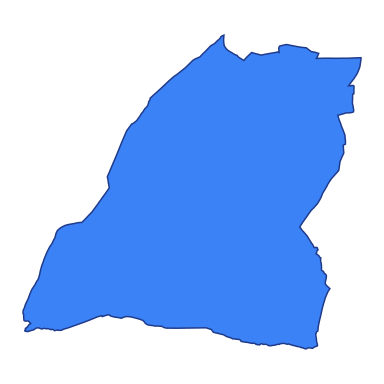 outline of Sandulesti, Cluj, Romania
{"feature_id": "2599482B43869878211942", "entity_name": "Sandulesti", "entity_type": "district", "adm_level": 2, "iso_a3": "ROU", "parent_name": "Romania", "parent_adm1": "Cluj", "projection": "orthographic", "projection_center": [23.724, 46.589], "detail": "fine", "context": "isolated", "style": "filled", "palette": "blue", "viewbox_px": 384, "rotation_deg": 0, "n_neighbors": 0, "source": "geoboundaries", "source_scale": "gbopen_adm2", "svg_char_len": 5877}
<svg xmlns="http://www.w3.org/2000/svg" viewBox="0 0 384 384"><path d="M24.8,330.9L25.8,331.3L26.7,331.5L28.2,331.5L31.1,330.5L33.1,330.0L34.1,329.6L36.0,328.2L36.9,327.9L39.0,327.9L39.7,328.2L40.6,328.7L41.5,328.9L42.2,328.9L43.4,328.5L44.2,328.4L45.3,328.5L46.2,328.8L47.0,328.8L47.5,328.6L48.4,328.7L50.7,329.6L51.1,329.7L51.8,329.4L52.5,329.3L53.5,329.8L54.4,330.6L55.0,330.6L56.7,330.1L59.9,330.4L61.9,330.1L63.3,329.3L68.3,327.8L84.3,322.1L89.0,320.3L97.6,316.8L101.9,315.6L102.3,316.6L105.5,315.5L108.9,314.7L109.7,315.4L111.1,316.2L114.3,317.0L119.7,317.8L120.9,318.2L121.8,318.1L123.7,317.2L124.8,316.9L126.7,316.5L127.8,316.6L130.3,316.8L134.6,317.8L139.4,319.1L141.8,320.0L142.5,320.3L143.3,320.8L144.2,321.8L144.8,322.7L145.9,323.8L146.8,324.4L148.1,324.9L150.6,325.4L152.8,325.6L155.6,326.1L157.7,326.0L158.9,326.1L160.6,326.3L161.7,326.3L164.2,327.6L166.5,328.1L176.8,328.2L206.0,327.8L211.3,329.5L213.4,332.3L223.7,334.8L226.5,336.5L227.7,336.9L228.3,336.9L229.6,337.6L230.7,337.8L231.5,338.1L232.2,338.6L232.8,338.9L233.6,338.8L235.0,339.0L238.2,339.4L239.3,339.5L240.1,339.8L240.3,340.1L241.0,341.2L241.1,341.4L242.2,341.6L242.9,341.8L243.9,341.9L244.5,342.1L245.3,342.1L246.2,342.3L247.0,342.3L251.6,343.3L254.6,343.3L255.1,343.5L256.0,344.4L256.4,344.4L256.5,344.3L256.8,344.6L257.1,344.6L258.4,344.7L258.9,344.9L259.3,344.9L259.6,344.8L260.7,344.0L262.1,343.6L262.4,343.8L262.8,344.3L263.1,344.4L264.5,344.4L265.3,344.2L265.9,344.2L266.2,344.3L268.5,345.5L269.0,345.7L271.1,345.7L272.6,345.4L274.2,345.2L277.1,344.6L277.6,344.2L278.0,344.1L279.3,344.4L280.2,343.8L281.2,343.6L283.4,343.4L284.2,343.4L286.3,344.0L287.1,344.2L287.8,344.2L288.8,344.0L289.1,344.1L289.5,344.2L290.4,344.7L292.1,345.0L293.0,345.5L293.3,345.5L294.3,345.5L296.0,346.2L297.9,346.6L299.1,346.7L300.5,347.2L301.7,347.8L302.9,347.6L303.0,347.7L303.6,348.2L304.0,348.4L304.7,348.6L305.2,348.8L305.7,348.9L306.3,348.8L307.4,348.1L308.1,347.8L309.6,347.9L312.7,348.3L313.0,348.1L313.3,347.7L313.8,347.3L314.6,347.0L315.3,346.6L315.9,346.5L316.8,346.2L317.1,346.1L317.5,345.6L317.4,344.6L316.5,341.0L316.4,338.7L315.9,335.9L315.7,334.5L316.2,333.3L316.2,332.3L316.3,332.2L316.6,331.8L317.7,331.1L317.9,330.8L318.1,327.7L318.7,324.2L319.6,320.1L320.9,314.7L322.2,308.7L323.6,303.4L324.6,300.3L325.2,298.1L327.9,291.7L329.9,288.7L326.8,285.8L325.8,284.5L325.2,283.6L325.3,282.1L325.7,280.2L325.9,279.8L326.0,279.3L326.1,278.4L326.3,277.8L326.3,277.1L326.4,276.5L326.4,275.9L326.2,275.0L325.7,274.6L325.3,273.9L324.2,273.2L324.0,272.7L323.4,271.4L323.0,271.1L322.0,270.7L321.7,270.5L321.6,270.2L321.5,269.4L321.5,266.8L321.4,265.1L321.1,263.0L320.6,261.0L320.7,258.3L320.7,257.7L320.0,257.6L318.9,255.8L318.3,255.3L317.5,254.6L316.1,253.9L316.2,253.5L316.6,252.8L317.0,250.6L317.2,250.3L317.8,250.1L318.0,249.9L317.9,249.6L317.7,249.1L317.2,247.7L316.9,247.5L316.5,247.4L314.1,247.5L313.9,247.2L313.0,245.2L310.3,241.2L307.1,235.9L303.4,231.6L301.3,229.4L301.1,228.6L299.7,227.1L302.1,223.2L310.7,211.0L312.0,209.5L313.6,208.0L317.5,203.6L319.5,200.3L321.1,197.3L322.6,193.4L326.7,186.6L327.6,184.6L329.9,180.9L331.5,178.6L338.7,170.5L338.9,169.6L339.6,164.5L340.1,161.4L342.3,156.3L343.8,153.1L343.2,145.2L345.4,144.2L345.5,141.9L344.9,135.0L342.9,129.7L341.8,127.1L340.4,122.9L339.1,119.8L337.8,115.3L339.6,114.9L341.7,114.2L344.4,113.5L345.4,113.1L346.1,112.9L349.6,112.8L350.9,112.7L353.3,112.0L353.5,111.5L353.7,110.9L353.7,110.4L353.2,107.0L353.1,106.3L352.9,105.6L352.5,103.7L352.4,102.9L352.6,98.4L352.6,95.9L352.7,94.2L353.9,93.7L353.9,91.1L354.0,86.6L353.9,86.0L353.6,85.6L352.1,85.5L351.1,85.5L350.6,85.9L349.4,85.7L348.6,85.8L349.7,84.2L354.3,78.1L356.6,74.6L357.8,72.2L359.2,68.7L359.9,66.5L360.4,63.2L361.0,59.4L361.0,57.7L350.4,58.1L349.5,58.2L340.5,58.2L339.1,58.3L325.2,58.2L316.5,58.4L317.0,57.5L318.7,53.4L316.1,52.6L314.8,52.2L311.3,51.6L308.3,49.4L306.3,47.8L301.4,47.3L298.7,46.9L286.4,44.5L284.5,44.9L279.6,46.1L279.2,46.8L278.7,48.5L279.0,51.2L279.1,52.5L277.9,51.9L274.8,52.6L268.8,53.6L260.9,55.1L258.0,54.2L256.4,53.9L251.6,52.5L246.6,57.3L243.7,60.5L242.5,59.6L238.3,57.0L237.8,56.3L237.1,55.4L236.8,55.2L236.5,55.1L236.0,55.1L235.1,54.7L230.6,52.0L228.6,50.8L227.4,49.9L226.3,48.8L224.9,46.9L224.2,45.5L223.9,43.8L223.7,42.0L223.6,39.9L223.9,35.1L221.6,36.2L221.1,36.5L219.9,38.5L219.1,39.4L218.0,40.2L216.8,41.3L214.3,43.8L211.3,45.4L210.5,46.0L204.8,52.0L203.4,53.2L200.0,56.8L199.0,57.3L196.1,58.5L194.4,59.4L193.4,60.0L192.3,60.9L191.4,61.8L185.4,67.7L177.6,73.9L176.7,74.7L175.3,75.5L173.8,76.6L169.3,80.5L160.6,88.7L150.1,98.2L150.1,99.3L149.8,100.1L149.5,100.6L149.0,101.2L148.7,101.8L148.5,102.6L148.4,103.6L148.0,104.7L147.8,105.5L147.5,105.8L146.8,106.8L144.8,108.8L144.2,109.7L142.9,111.9L141.5,113.4L140.7,114.7L140.2,115.6L139.1,117.2L137.6,119.3L136.8,120.4L136.2,121.0L133.8,123.0L132.9,123.5L131.8,123.9L130.7,125.3L126.6,130.9L121.9,141.9L116.6,155.0L110.3,169.8L109.6,171.7L108.3,174.4L107.3,177.0L107.7,178.4L108.1,180.6L108.2,181.9L109.3,187.8L105.8,192.9L102.2,197.8L101.0,199.6L98.9,202.4L97.8,204.1L93.9,209.3L93.0,210.5L92.7,211.1L92.3,211.6L89.9,214.1L83.8,220.5L81.9,222.4L78.4,222.6L73.7,223.6L69.6,224.3L67.7,224.7L65.6,225.3L64.6,225.6L60.9,227.6L59.5,228.6L57.4,230.5L56.9,231.6L56.2,233.0L55.6,235.0L55.0,237.5L54.5,238.5L53.8,239.7L52.3,242.9L51.5,244.3L49.9,246.5L47.5,251.1L46.2,254.0L43.7,260.2L43.5,261.1L41.8,265.5L41.2,267.7L40.4,270.6L39.9,273.2L38.8,277.5L37.9,279.8L37.0,280.9L34.8,285.0L32.2,288.9L31.2,290.8L29.7,294.5L27.9,299.4L26.4,302.3L25.3,304.9L24.2,308.3L23.2,310.2L23.0,313.5L23.4,314.0L23.6,314.6L23.7,317.8L24.0,320.4L25.1,321.1L27.5,321.0L28.1,321.1L28.5,321.2L29.0,321.6L29.4,322.0L29.9,322.9L30.7,323.5L29.4,324.4L28.6,325.1L27.4,327.2L27.0,327.2L26.5,327.5L26.3,327.9L26.0,328.2L25.4,328.4L25.4,328.8L25.6,329.4L25.5,329.9L24.9,330.2L24.8,330.9Z" fill="#3b82f6" stroke="#1e3a8a" stroke-width="1.5"/></svg>